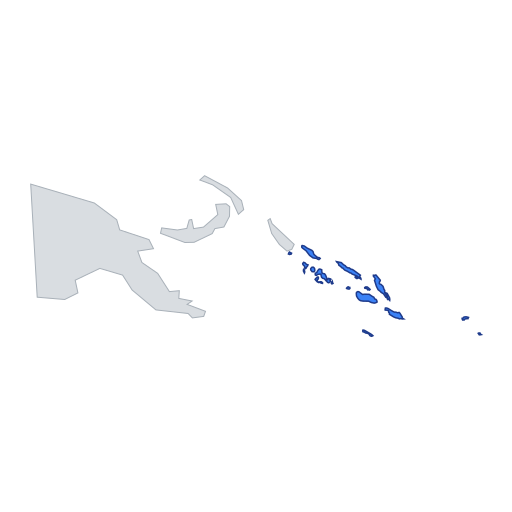 Solomon Islands highlighted among its neighbors
{"feature_id": "SLB", "entity_name": "Solomon Islands", "entity_type": "country or territory", "adm_level": 0, "iso_a3": "SLB", "parent_name": "Oceania", "parent_adm1": "", "projection": "albers", "projection_center": [159.585, -9.221], "detail": "fine", "context": "with_neighbors", "style": "filled", "palette": "blue", "viewbox_px": 512, "rotation_deg": 0, "n_neighbors": 1, "source": "natural_earth", "source_scale": "50m", "svg_char_len": 4997}
<svg xmlns="http://www.w3.org/2000/svg" viewBox="0 0 512 512"><path d="M30.7,184.1L94.3,203.0L116.7,219.7L119.7,229.9L149.0,239.6L153.5,248.7L137.7,251.1L141.9,262.5L157.7,273.4L169.4,291.6L179.3,290.7L178.8,298.4L192.1,301.0L187.1,304.4L205.5,311.3L203.7,316.4L192.4,317.9L188.1,313.5L155.9,309.9L132.1,290.0L122.6,275.1L99.8,268.4L75.2,280.2L77.9,292.9L64.7,299.5L37.2,297.2L30.7,184.1ZM227.6,188.0L241.5,200.6L243.7,209.6L238.4,214.3L230.7,197.5L212.6,184.8L199.8,180.0L204.6,175.7L227.6,188.0ZM212.2,233.6L194.1,242.3L184.9,242.5L160.5,233.3L161.7,227.9L177.4,230.0L186.8,228.4L189.2,220.0L191.7,219.5L193.6,228.6L203.5,227.1L217.8,214.6L215.7,204.4L226.1,203.8L229.7,206.6L229.5,216.3L223.9,227.0L214.9,228.6L212.2,233.6ZM272.1,223.7L294.2,244.4L291.8,249.3L287.0,251.1L279.4,244.5L271.7,233.5L267.8,220.3L270.2,218.6L272.1,223.7Z" fill="#d9dde1" stroke="#a8b0b8" stroke-width="1"/><path d="M358.8,291.7L362.6,294.5L364.2,294.2L369.2,294.3L372.1,296.3L373.8,297.2L374.8,299.0L376.0,299.4L376.7,300.3L377.1,302.0L376.8,302.3L375.3,302.9L374.2,303.1L371.3,302.5L368.6,301.2L363.1,301.1L360.6,300.7L359.7,300.2L358.9,299.6L357.6,298.0L356.6,296.2L356.4,295.1L356.3,293.1L356.6,292.3L357.7,291.6L358.8,291.7ZM376.0,275.0L380.3,280.2L380.1,281.1L379.5,281.7L379.3,283.5L379.9,284.1L381.0,284.4L383.0,286.3L383.8,288.6L383.9,289.3L384.7,290.3L384.7,292.5L386.6,295.5L386.7,297.0L386.5,297.6L385.8,297.3L383.5,293.8L381.0,292.3L380.7,291.7L378.1,289.7L376.4,286.3L374.5,280.3L375.4,278.9L373.3,276.0L373.4,275.2L374.3,275.4L374.9,275.4L375.2,275.0L376.0,275.0ZM361.0,278.8L361.0,279.2L358.7,277.7L357.0,276.0L352.0,274.0L350.9,273.0L350.0,272.9L347.4,271.3L344.9,270.2L343.4,268.8L343.0,268.2L342.0,267.9L340.4,266.3L338.9,265.3L338.3,263.4L336.8,262.1L336.5,261.6L341.3,262.6L343.5,264.7L345.4,265.8L346.0,266.7L347.7,267.8L349.3,267.9L350.8,269.1L352.2,269.4L353.3,270.0L360.4,275.2L359.5,276.6L360.5,277.6L361.0,278.8ZM392.4,311.2L394.6,312.2L395.8,312.1L397.7,312.8L399.1,312.4L400.0,313.3L402.2,316.9L402.2,318.0L403.6,318.9L402.4,319.0L400.7,318.6L399.4,318.9L398.0,318.2L395.7,317.8L393.6,316.9L389.4,314.3L389.4,313.0L388.7,312.3L388.5,310.7L387.0,310.2L385.2,310.1L385.1,309.3L385.4,308.0L386.7,308.0L388.3,308.6L391.4,310.6L392.1,310.9L392.4,311.2ZM319.7,257.9L320.2,258.5L318.9,259.6L317.2,259.0L316.8,258.4L316.7,258.1L315.5,258.3L313.0,257.9L309.6,255.4L306.0,250.7L302.5,248.1L301.8,247.3L301.7,246.0L302.2,245.5L304.3,246.0L307.2,248.1L311.8,250.3L313.0,251.5L313.8,254.2L314.6,255.0L317.1,257.1L318.4,257.6L319.1,257.6L319.7,257.9ZM324.6,273.8L325.6,275.2L326.9,278.4L326.7,279.5L325.8,279.5L325.6,280.2L324.3,278.7L322.7,278.3L321.6,277.3L321.1,275.5L321.0,274.3L320.1,274.1L317.5,274.4L316.6,275.4L315.4,275.1L315.2,274.2L315.3,273.3L316.9,272.4L317.3,271.3L318.8,269.3L319.8,269.0L321.7,269.7L321.9,272.5L322.6,273.4L324.6,273.8ZM372.9,335.7L371.7,336.3L370.6,336.0L369.8,335.5L369.1,334.2L367.6,333.3L365.6,333.0L364.7,332.4L364.5,332.1L363.1,331.9L362.7,331.1L362.8,330.4L363.0,330.0L364.4,330.3L370.7,333.9L372.2,335.0L372.9,335.7ZM306.0,268.3L305.6,268.6L305.1,267.7L304.6,267.4L304.6,266.3L302.9,264.6L302.7,263.4L303.7,262.3L305.1,262.9L306.5,264.4L308.0,264.8L307.7,265.8L306.3,267.5L306.0,268.3ZM314.3,271.5L314.0,271.8L312.1,271.7L310.7,269.9L310.7,268.6L311.8,267.3L313.1,267.1L313.9,267.6L314.6,268.6L314.8,269.9L314.7,271.0L314.3,271.5ZM330.5,281.5L328.8,282.8L327.6,282.4L326.6,281.2L326.9,279.8L327.1,279.4L327.6,279.3L328.1,279.0L328.6,278.4L330.5,278.9L330.9,279.2L329.8,280.1L330.2,280.4L330.4,280.8L330.5,281.5ZM468.0,318.6L466.6,318.8L466.2,318.7L465.2,318.9L464.0,320.1L463.2,319.9L462.6,320.0L462.1,318.9L462.1,318.4L462.9,318.5L463.3,317.5L464.2,317.0L466.1,316.8L467.9,317.2L468.5,317.4L467.9,318.3L468.0,318.6ZM389.6,297.9L389.8,299.8L389.7,300.4L388.4,299.0L387.8,299.5L387.3,298.9L387.3,297.5L387.4,295.9L387.2,294.8L386.5,293.1L387.2,293.4L389.6,297.9ZM318.2,282.0L318.2,282.3L317.2,281.8L315.1,279.5L315.5,278.7L317.4,277.1L318.0,276.9L318.5,277.9L318.0,279.3L317.4,279.6L317.2,280.9L318.2,282.0ZM366.0,286.8L367.0,287.1L367.4,287.0L368.6,288.0L370.1,289.4L369.5,290.1L368.2,289.7L367.8,289.9L367.7,289.8L367.4,289.1L366.1,288.4L364.9,288.3L364.7,287.5L366.0,286.8ZM349.1,289.1L348.9,289.1L348.1,288.9L347.1,288.8L346.5,288.2L347.2,287.4L348.1,286.8L348.5,286.9L348.9,287.3L349.8,287.4L349.9,288.5L349.1,289.1ZM291.2,254.1L289.5,254.5L288.4,254.0L288.9,252.7L289.4,252.0L291.6,253.2L291.2,254.1ZM357.7,278.3L356.9,278.6L355.7,277.9L355.1,277.3L355.4,276.4L356.1,276.1L356.9,276.7L357.0,277.3L357.7,278.3ZM481.3,334.6L479.8,334.9L479.2,334.8L478.2,333.3L479.0,332.9L480.1,333.1L480.4,334.0L481.3,334.6ZM322.6,282.8L322.5,283.4L321.5,283.2L319.3,282.3L319.3,281.9L320.5,281.7L321.4,281.8L322.2,282.4L322.6,282.8ZM304.6,272.7L304.4,273.1L303.4,271.0L303.5,269.9L303.6,269.2L304.0,269.0L304.7,271.4L304.6,272.7ZM332.1,283.9L331.8,283.9L331.3,283.2L332.3,281.3L332.7,282.9L333.0,283.4L332.1,283.9Z" fill="#3b82f6" stroke="#1e3a8a" stroke-width="1.5"/></svg>